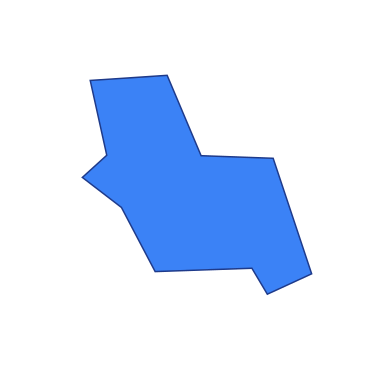 Kattakurgan city, Samarkand, Uzbekistan, rotated 31°
{"feature_id": "79887680B69055285128401", "entity_name": "Kattakurgan city", "entity_type": "district", "adm_level": 2, "iso_a3": "UZB", "parent_name": "Uzbekistan", "parent_adm1": "Samarkand", "projection": "orthographic", "projection_center": [66.273, 39.857], "detail": "fine", "context": "isolated", "style": "filled", "palette": "blue", "viewbox_px": 384, "rotation_deg": 31, "n_neighbors": 0, "source": "geoboundaries", "source_scale": "gbopen_adm2", "svg_char_len": 312}
<svg xmlns="http://www.w3.org/2000/svg" viewBox="0 0 384 384"><g transform="rotate(31 192 192)"><path d="M110.6,104.8L47.3,148.8L100.0,204.4L90.5,236.0L139.5,241.6L201.4,279.2L282.6,226.5L309.2,240.8L336.7,200.5L244.2,121.3L181.1,156.2L110.6,104.8Z" fill="#3b82f6" stroke="#1e3a8a" stroke-width="1.5"/></g></svg>